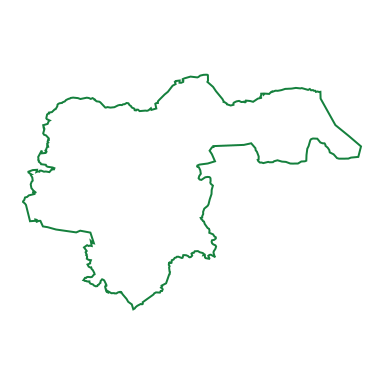 Tizapán el Alto, Jalisco, Mexico (Robinson projection)
{"feature_id": "50627088B39288283772272", "entity_name": "Tizapán el Alto", "entity_type": "district", "adm_level": 2, "iso_a3": "MEX", "parent_name": "Mexico", "parent_adm1": "Jalisco", "projection": "robinson", "projection_center": [-103.079, 20.107], "detail": "fine", "context": "isolated", "style": "outline", "palette": "green", "viewbox_px": 384, "rotation_deg": 0, "n_neighbors": 0, "source": "geoboundaries", "source_scale": "gbopen_adm2", "svg_char_len": 5876}
<svg xmlns="http://www.w3.org/2000/svg" viewBox="0 0 384 384"><path d="M46.3,118.2L46.8,119.1L49.7,120.5L48.8,121.0L47.6,123.9L43.2,125.2L44.1,128.0L43.7,127.9L44.2,129.9L43.2,133.3L44.0,134.7L46.0,135.4L48.8,138.4L48.8,139.5L48.3,139.2L47.6,141.7L48.3,142.6L47.2,143.5L47.2,145.5L47.8,145.3L48.2,146.8L47.1,147.1L46.4,148.6L46.1,150.4L44.9,149.9L46.5,151.7L46.1,152.5L45.2,152.7L45.2,153.0L40.9,153.4L41.8,151.4L41.3,151.2L38.2,157.0L38.5,159.2L38.2,159.9L38.9,160.7L38.8,161.7L40.7,163.3L41.1,164.2L45.8,164.8L46.5,166.2L47.8,166.8L52.6,167.5L54.4,168.2L54.0,169.3L53.5,169.3L53.4,170.0L53.3,169.7L51.8,169.3L49.4,172.1L45.8,171.5L44.0,171.7L41.1,170.6L39.9,170.7L39.4,171.7L37.8,171.4L36.4,172.0L37.0,169.8L32.7,170.1L28.4,171.7L28.5,172.5L30.8,174.0L30.4,174.0L30.7,174.8L32.3,177.5L32.7,180.7L31.7,181.7L30.7,184.3L31.4,188.1L33.3,190.5L36.2,192.9L33.2,191.8L33.0,192.5L34.1,194.1L28.8,195.4L27.2,196.9L25.0,197.5L24.3,199.9L23.1,201.3L23.0,201.9L25.0,203.6L26.0,205.0L30.0,221.1L30.1,220.7L30.1,221.2L35.4,220.8L35.3,219.5L36.8,219.9L36.9,220.3L36.3,221.4L36.7,221.8L38.7,220.9L40.4,220.9L42.9,226.4L47.7,227.2L56.0,229.5L76.2,232.4L80.2,230.7L90.4,232.6L93.9,243.3L93.1,243.1L90.8,241.0L91.7,246.0L89.8,245.6L88.7,246.0L87.1,245.2L84.0,247.4L86.7,251.0L85.6,252.2L86.7,254.6L86.2,255.1L86.9,255.9L87.1,256.7L86.8,258.7L88.5,259.8L90.9,260.2L90.1,262.3L90.1,263.4L87.5,264.5L88.7,266.7L90.5,267.6L91.2,267.4L91.7,269.1L92.8,270.1L94.3,273.0L94.6,274.3L93.8,274.7L92.0,276.9L90.8,277.2L87.8,276.9L86.6,277.3L86.2,277.9L85.0,277.9L83.6,280.0L84.1,280.0L84.5,280.8L86.6,281.1L87.1,281.5L89.4,281.4L89.4,282.3L90.4,283.6L92.9,284.4L94.1,285.6L95.8,286.3L97.3,286.1L97.8,285.0L98.8,284.6L99.8,283.2L100.4,282.9L100.6,281.1L102.1,279.3L103.1,279.7L104.2,280.4L106.3,284.7L106.4,285.4L105.8,285.4L105.8,286.2L105.3,286.3L105.1,286.8L105.8,289.5L106.1,289.5L106.1,290.8L106.8,292.0L108.1,292.5L108.1,291.3L111.4,293.2L114.1,293.1L114.6,293.4L116.4,293.4L118.0,292.4L119.4,292.0L120.1,292.4L120.4,291.9L121.2,292.0L122.6,294.3L126.6,299.0L128.2,301.8L131.8,304.4L133.3,309.3L134.7,308.5L135.6,307.2L137.3,305.8L140.7,304.0L142.0,304.3L142.8,303.8L142.7,302.2L153.5,294.5L154.2,293.4L156.0,292.4L159.9,292.6L160.7,291.0L162.0,291.0L162.7,289.3L162.2,288.3L161.0,287.6L162.1,286.2L161.7,285.6L166.1,283.3L169.2,274.4L169.6,274.3L170.0,272.0L169.6,271.7L169.1,267.5L169.6,266.2L168.8,264.9L169.0,262.8L169.7,262.4L169.9,262.8L170.8,263.1L171.5,262.8L171.8,260.2L173.5,259.6L174.7,257.9L176.3,257.4L176.8,256.8L178.3,256.7L181.9,258.0L182.6,257.7L183.3,255.1L186.0,255.2L188.0,256.0L189.1,257.1L189.8,257.3L191.1,256.8L192.2,255.6L191.5,253.6L192.5,252.8L193.7,252.9L194.7,251.3L197.9,251.1L199.9,252.3L202.7,253.0L203.8,253.9L203.3,255.2L204.8,254.9L205.0,257.4L205.6,258.1L209.2,258.8L209.4,258.4L208.3,255.8L209.5,254.9L210.8,254.7L215.4,257.2L214.6,256.4L213.5,252.8L213.7,251.4L215.4,248.8L216.1,246.5L215.4,245.3L213.3,244.4L212.1,243.3L211.6,241.8L212.0,240.3L214.3,239.8L215.8,238.5L215.8,237.3L214.5,236.5L213.0,234.3L209.3,232.8L209.5,230.4L209.0,228.8L207.6,228.0L204.7,223.9L204.0,221.6L202.9,221.0L202.5,220.1L201.4,219.3L200.7,217.9L202.2,217.5L202.2,216.2L203.2,214.0L203.1,211.9L204.3,208.6L207.7,205.8L208.5,204.4L209.7,199.5L211.5,194.1L211.7,189.8L212.9,185.6L210.7,183.7L210.3,182.5L210.6,181.0L210.5,178.5L210.2,177.7L209.4,177.1L207.7,176.9L205.2,177.3L201.4,179.9L199.6,179.5L198.6,178.2L199.3,175.9L200.8,173.8L200.3,170.4L198.9,167.3L197.5,166.9L197.1,166.3L197.4,165.5L199.4,164.6L207.8,163.5L215.0,161.3L211.9,154.2L209.6,150.7L212.0,147.3L213.5,147.0L213.4,146.1L243.9,144.9L251.2,143.3L255.4,148.2L255.7,150.3L256.9,151.7L258.7,156.5L258.6,159.5L257.7,159.9L258.4,161.3L260.0,162.6L261.5,162.5L263.3,163.1L268.2,161.9L269.6,162.3L272.9,162.2L274.2,161.2L277.5,160.3L282.0,161.6L285.9,161.9L290.2,163.5L292.3,163.6L298.0,163.5L301.3,161.5L304.9,161.3L306.3,160.7L306.5,155.0L307.3,148.7L308.6,146.1L310.3,140.2L311.2,139.1L313.0,138.5L317.3,138.7L320.4,142.5L322.7,143.3L324.5,143.3L325.3,144.5L325.5,145.8L327.7,147.7L329.2,149.9L329.8,152.4L333.6,154.3L337.0,158.1L339.1,158.7L348.3,158.6L351.0,157.6L358.3,156.9L361.0,146.4L348.7,135.9L335.4,125.1L320.6,98.6L320.4,91.8L319.1,92.0L317.6,91.5L315.9,91.9L315.3,90.8L313.7,90.7L313.0,90.1L311.1,90.3L309.8,89.0L308.1,89.9L301.8,88.1L300.3,88.4L295.9,87.9L291.6,88.6L285.2,88.9L281.5,90.1L277.8,90.8L275.4,90.7L272.2,91.9L272.1,91.5L271.2,91.9L269.2,93.9L264.8,93.6L263.7,94.6L263.6,93.6L261.2,93.7L261.2,95.3L260.4,96.8L261.1,97.3L261.1,97.9L257.9,98.6L253.1,101.8L250.1,101.0L246.0,100.6L245.8,101.7L245.5,102.2L245.0,102.3L244.6,102.2L244.7,101.5L244.2,101.5L243.8,101.9L241.3,102.0L239.0,100.9L236.4,101.4L234.0,102.6L233.4,103.3L233.5,104.8L230.7,105.5L226.9,104.3L226.8,103.6L224.2,101.9L224.4,102.2L223.5,101.9L223.6,101.2L222.4,99.0L215.9,91.1L213.1,86.9L207.4,81.9L208.0,80.6L207.9,75.2L207.0,74.7L203.7,74.8L200.2,75.6L198.4,77.0L197.3,77.4L190.5,76.6L184.6,78.3L182.7,79.1L182.7,80.2L183.3,80.6L183.2,81.9L181.1,82.8L179.5,82.7L179.7,80.5L175.9,81.0L176.0,81.4L174.9,81.9L175.6,84.1L172.6,85.7L167.9,91.8L164.6,94.5L159.2,99.9L157.9,101.4L157.9,103.0L156.3,103.1L155.3,103.8L156.3,108.5L151.4,109.9L150.9,108.3L148.5,110.3L147.0,110.8L145.3,110.6L139.6,111.1L138.0,109.7L136.7,109.7L136.1,110.4L134.7,110.2L134.4,108.7L131.7,107.4L131.1,106.2L129.5,105.1L128.4,103.3L126.6,103.0L124.6,104.2L123.1,104.3L121.9,105.1L120.0,104.9L118.0,105.4L114.4,107.2L110.4,107.6L107.5,107.1L105.8,107.6L105.2,107.5L100.4,102.4L99.3,101.7L96.6,101.3L94.6,99.8L94.8,99.5L92.6,98.1L90.8,98.9L88.8,98.0L86.8,97.7L80.4,99.0L77.9,98.1L73.1,97.6L70.5,98.0L69.8,98.6L68.6,98.8L66.1,100.0L64.8,101.4L62.4,102.4L62.1,102.9L59.4,103.3L58.0,104.1L57.5,104.7L57.3,106.3L55.6,109.2L54.8,109.3L51.9,112.1L48.9,112.6L48.9,113.2L49.9,113.3L48.0,113.8L47.1,114.5L46.3,118.2Z" fill="none" stroke="#15803d" stroke-width="2"/></svg>